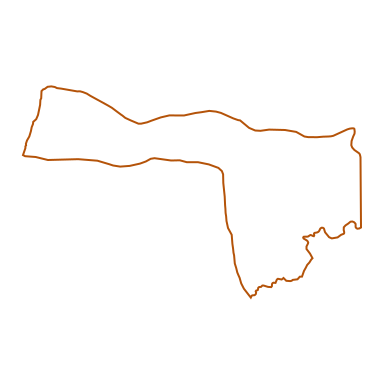 the district of Huehuetenango, Huehuetenango, Guatemala
{"feature_id": "79465075B83999365209014", "entity_name": "Huehuetenango", "entity_type": "district", "adm_level": 2, "iso_a3": "GTM", "parent_name": "Guatemala", "parent_adm1": "Huehuetenango", "projection": "mercator", "projection_center": [-91.375, 15.301], "detail": "fine", "context": "isolated", "style": "outline", "palette": "amber", "viewbox_px": 384, "rotation_deg": 0, "n_neighbors": 0, "source": "geoboundaries", "source_scale": "gbopen_adm2", "svg_char_len": 2873}
<svg xmlns="http://www.w3.org/2000/svg" viewBox="0 0 384 384"><path d="M240.1,120.4L238.1,120.1L233.3,118.4L220.9,112.9L216.0,111.6L209.3,110.9L201.4,112.2L195.4,113.0L183.9,115.5L169.4,115.4L160.8,117.4L156.5,118.9L151.1,120.8L147.2,122.3L141.0,123.7L138.5,123.7L130.7,120.4L125.3,117.9L122.2,115.4L121.4,114.9L116.8,111.5L111.9,107.8L107.8,105.4L90.3,95.8L86.8,93.6L82.9,92.1L80.0,91.3L77.2,91.4L61.1,88.6L57.0,88.1L54.8,87.0L51.3,86.4L47.6,86.8L44.6,89.0L43.3,89.3L41.5,91.1L41.2,98.3L40.4,99.9L40.1,104.9L38.0,115.0L36.2,119.2L33.2,121.9L33.0,124.0L31.7,127.2L30.9,131.2L29.3,136.5L27.0,140.5L25.9,143.8L26.1,145.4L25.4,146.3L25.4,148.1L23.0,155.1L25.1,156.2L35.7,157.0L47.9,160.0L77.1,159.2L78.5,159.2L97.4,160.7L109.2,164.2L113.1,165.5L120.2,166.6L129.7,165.9L140.0,163.6L145.8,161.5L150.7,158.8L154.5,158.2L171.1,160.5L179.8,160.3L186.8,162.2L198.0,162.2L208.8,164.4L218.4,167.9L221.9,171.1L223.1,174.3L223.3,183.0L224.7,196.6L225.1,205.3L225.4,208.7L225.6,213.0L226.1,216.1L226.5,221.0L228.0,228.0L231.7,234.8L232.4,243.8L233.1,248.8L233.5,252.7L234.1,255.4L234.8,263.5L236.2,268.0L237.3,272.5L238.3,274.9L239.6,277.8L241.2,283.4L243.9,288.7L250.8,297.6L251.7,295.7L252.7,295.3L254.5,295.2L255.2,294.7L255.8,294.0L256.1,292.6L255.9,292.0L255.7,291.3L256.3,290.5L257.0,290.4L257.8,290.0L258.3,287.7L259.2,287.0L261.0,286.9L262.4,285.5L263.5,285.5L268.0,286.9L271.2,287.1L271.9,286.2L272.0,284.1L272.6,283.1L273.5,282.7L275.5,282.9L276.8,279.7L277.3,279.2L277.9,278.8L281.7,279.5L282.6,278.8L283.5,278.0L286.3,280.8L290.2,281.1L291.6,280.8L292.7,279.9L297.5,279.3L299.8,276.7L302.0,276.6L304.0,270.9L305.7,267.9L307.2,264.9L309.4,262.5L311.2,259.6L312.5,258.2L310.0,253.6L306.5,249.0L306.5,246.5L308.0,243.5L308.2,242.5L307.7,241.4L307.2,240.8L306.6,240.3L305.9,239.9L305.1,239.4L304.4,239.0L303.7,238.6L303.2,237.7L303.6,236.8L304.5,236.7L305.5,236.7L306.4,236.7L307.9,236.6L308.5,236.2L309.3,235.7L309.9,235.3L310.6,235.0L311.9,235.4L312.4,235.8L313.8,236.2L314.2,235.6L314.1,234.7L314.0,233.6L314.5,232.9L315.8,232.7L317.3,232.4L318.4,231.8L319.2,230.9L319.5,230.3L320.0,229.1L320.6,228.3L321.7,227.7L322.9,227.8L323.9,228.5L324.2,229.3L324.5,230.5L325.1,232.3L329.1,237.2L331.8,238.4L337.6,237.4L341.1,234.8L343.7,233.8L344.1,233.3L344.2,232.5L344.0,231.0L343.7,230.2L343.8,227.3L345.5,225.4L348.2,223.6L350.5,221.7L352.3,221.5L353.9,222.1L354.9,223.0L355.6,224.0L355.6,227.0L356.3,228.1L357.3,228.7L359.2,228.5L361.0,227.5L360.5,157.2L360.1,155.4L359.8,154.3L359.1,153.3L354.4,150.0L352.2,147.5L351.3,145.2L351.6,141.0L353.2,136.5L354.5,133.7L354.7,131.6L354.5,130.0L354.4,129.0L353.8,128.4L352.4,128.3L351.5,128.4L349.9,128.6L347.3,129.4L333.3,135.8L331.0,136.3L328.5,136.5L323.0,136.7L317.0,137.2L308.1,137.1L304.4,136.5L296.2,131.9L285.0,130.0L269.1,129.6L260.5,130.8L255.2,130.5L249.1,127.9L240.1,120.4Z" fill="none" stroke="#b45309" stroke-width="2"/></svg>